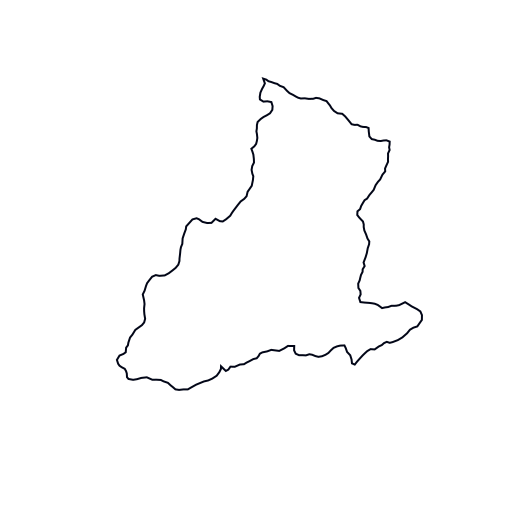 outline of Bauru, São Paulo, Brazil, rotated 238°
{"feature_id": "56859067B67104072905137", "entity_name": "Bauru", "entity_type": "district", "adm_level": 2, "iso_a3": "BRA", "parent_name": "Brazil", "parent_adm1": "São Paulo", "projection": "natural_earth1", "projection_center": [-49.125, -22.239], "detail": "fine", "context": "isolated", "style": "outline", "palette": "ink", "viewbox_px": 512, "rotation_deg": 238, "n_neighbors": 0, "source": "geoboundaries", "source_scale": "gbopen_adm2", "svg_char_len": 3821}
<svg xmlns="http://www.w3.org/2000/svg" viewBox="0 0 512 512"><g transform="rotate(238 256 256)"><path d="M402.6,356.1L397.7,355.0L396.1,352.6L394.5,349.7L392.2,346.3L389.0,343.5L386.7,342.3L383.0,344.1L381.2,347.6L378.4,350.6L374.3,349.5L371.3,347.3L369.6,343.5L369.6,339.7L369.9,336.1L369.7,332.7L368.8,328.4L366.6,326.2L363.7,324.3L361.5,322.4L358.9,321.4L355.4,319.7L353.1,317.7L351.0,315.5L349.9,312.7L349.4,308.9L346.5,308.3L343.4,307.5L339.4,305.6L336.3,303.8L334.3,300.5L331.4,297.9L327.7,296.5L325.1,296.0L322.0,293.6L317.8,289.6L314.9,282.9L311.7,279.7L310.7,276.3L310.4,271.9L308.9,267.6L307.8,264.7L306.2,260.5L305.1,258.0L303.8,255.5L303.0,250.1L302.9,246.1L304.7,243.8L309.0,241.4L307.7,235.8L309.8,232.1L313.3,228.7L317.4,227.1L319.5,225.6L320.7,221.5L318.1,212.5L315.8,210.6L313.2,207.2L309.8,203.1L305.3,199.9L303.3,197.1L301.4,195.3L298.0,192.7L294.4,189.8L292.3,188.4L289.8,185.5L288.5,181.5L288.0,177.4L287.6,172.9L287.9,168.3L290.4,163.5L292.9,160.9L293.5,156.9L292.0,152.7L290.7,149.3L289.0,147.0L285.6,143.1L283.4,139.6L277.7,137.6L274.3,136.0L271.0,133.4L268.5,131.9L265.8,130.5L261.5,128.7L258.9,125.9L257.8,122.6L257.3,114.5L254.8,109.5L253.6,106.0L250.2,101.9L248.1,100.0L247.1,97.3L243.4,94.5L243.2,91.7L243.9,87.5L241.6,83.0L237.7,82.0L235.3,82.1L232.8,83.2L229.9,84.9L227.3,84.8L224.9,84.2L221.6,82.4L219.3,82.7L216.1,86.2L214.6,89.8L213.4,94.1L211.0,99.1L206.0,102.5L204.0,105.8L201.3,109.6L198.8,111.1L195.1,114.1L191.4,115.1L188.9,116.0L185.6,117.0L183.2,119.8L181.3,123.8L179.0,127.5L178.9,130.9L178.6,137.1L177.8,141.9L177.2,145.4L175.8,149.5L175.2,154.0L175.3,159.2L176.9,163.3L178.8,166.4L181.0,167.9L174.5,169.5L174.3,172.3L175.7,175.7L173.3,179.3L172.5,184.8L170.6,188.5L170.6,191.5L170.3,194.4L170.0,199.1L168.9,202.4L169.8,205.2L171.1,207.5L170.9,210.3L169.2,214.9L168.3,219.2L163.2,225.4L162.7,231.1L162.8,235.4L159.4,240.7L155.8,238.3L152.1,237.9L149.1,239.9L147.3,242.8L145.3,245.6L144.4,249.2L142.5,251.3L139.7,253.3L137.4,255.5L136.0,258.9L135.4,262.6L135.4,266.0L136.3,269.4L137.0,273.1L136.4,276.9L135.4,279.9L133.3,283.6L130.4,283.3L126.4,282.4L121.9,283.3L117.6,282.2L114.1,280.5L111.6,282.2L112.8,285.5L114.1,289.9L115.2,293.9L115.8,296.7L116.4,299.9L116.3,303.8L113.9,307.1L114.2,312.3L113.8,315.5L114.3,318.4L113.9,321.4L111.5,323.4L110.6,326.2L109.5,331.8L109.4,337.0L110.4,343.2L111.9,347.5L111.8,351.5L110.8,355.5L112.3,359.0L113.9,362.8L117.9,365.4L121.9,366.0L125.6,364.4L130.8,361.3L133.9,359.9L137.8,358.0L138.1,355.0L138.5,351.3L139.6,348.4L142.0,344.4L142.7,341.0L144.0,338.2L145.0,335.3L147.6,334.3L150.0,333.3L152.6,331.4L154.4,329.4L156.2,327.2L158.9,323.5L161.6,320.1L165.9,321.2L168.0,324.4L171.1,326.0L174.6,325.9L178.4,328.0L180.4,331.0L182.4,333.0L184.3,335.0L186.1,338.0L188.2,339.4L189.9,342.8L193.5,343.8L196.9,348.3L199.7,351.5L203.4,354.9L206.0,358.1L208.3,359.8L211.7,359.8L216.0,360.8L220.2,361.4L223.5,362.7L225.7,364.1L228.6,365.0L231.4,364.4L234.1,363.9L237.1,363.6L240.1,365.7L240.6,369.1L242.7,371.7L244.4,374.9L245.8,377.7L245.8,380.6L247.7,384.7L248.6,387.6L249.7,390.8L252.7,395.0L254.3,398.8L255.1,401.8L258.0,406.4L259.3,410.4L261.8,411.8L263.4,414.1L265.9,417.9L268.3,419.3L270.6,420.9L273.0,422.3L275.1,425.5L277.7,426.5L279.7,428.3L282.2,430.0L285.0,427.9L286.4,425.3L287.4,422.7L289.3,420.1L291.7,418.3L293.8,416.1L297.3,415.5L301.8,417.6L304.9,419.3L307.0,417.7L308.8,415.1L310.6,413.3L313.4,411.7L315.1,408.9L317.1,406.9L322.1,406.3L327.1,405.6L330.9,404.5L333.8,400.8L337.7,399.0L341.5,398.4L344.5,398.5L346.9,398.2L350.0,397.9L352.7,395.6L356.1,393.3L358.3,390.7L359.0,387.9L361.2,384.1L363.9,380.9L365.8,377.5L367.9,375.6L370.1,374.3L373.0,372.8L376.4,370.7L379.7,369.8L384.5,368.9L387.7,366.4L390.7,365.2L392.7,363.3L395.4,361.2L397.6,359.2L400.1,358.2L402.6,356.1Z" fill="none" stroke="#020617" stroke-width="2"/></g></svg>